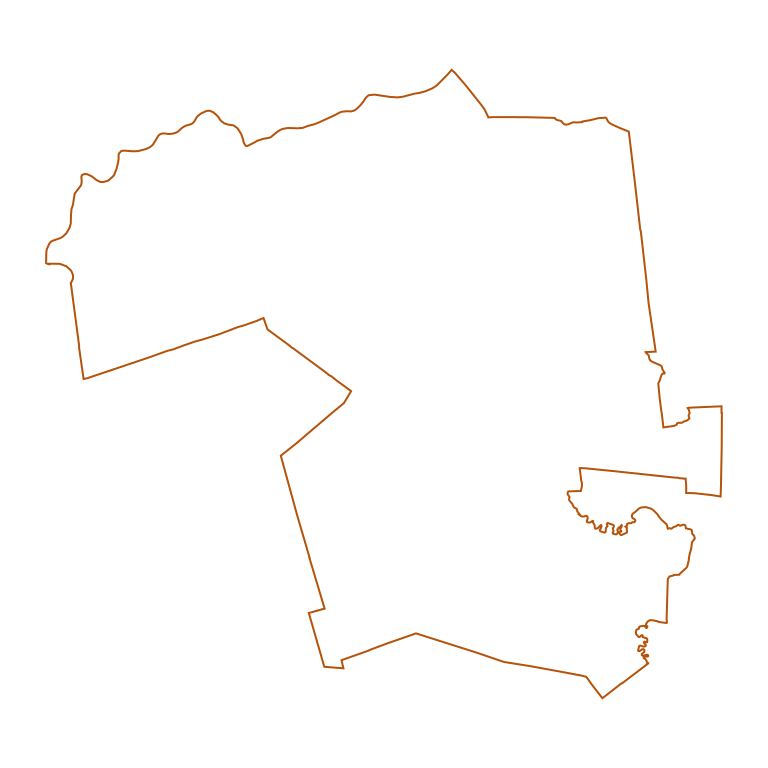 Sacosu Turcesc, Timis, Romania
{"feature_id": "2599482B45296566917183", "entity_name": "Sacosu Turcesc", "entity_type": "district", "adm_level": 2, "iso_a3": "ROU", "parent_name": "Romania", "parent_adm1": "Timis", "projection": "mercator", "projection_center": [21.404, 45.631], "detail": "fine", "context": "isolated", "style": "outline", "palette": "amber", "viewbox_px": 768, "rotation_deg": 0, "n_neighbors": 0, "source": "geoboundaries", "source_scale": "gbopen_adm2", "svg_char_len": 6071}
<svg xmlns="http://www.w3.org/2000/svg" viewBox="0 0 768 768"><path d="M648.0,663.0L647.1,662.5L646.4,660.6L645.4,659.0L644.2,658.4L643.7,658.1L643.7,657.6L643.7,657.1L644.4,656.5L647.5,656.6L648.1,656.3L648.1,655.3L647.2,654.7L643.4,655.6L642.5,655.6L641.8,655.0L641.8,654.0L644.2,652.1L644.4,650.9L644.3,649.9L643.6,649.2L642.1,649.3L640.3,650.7L639.1,651.2L638.3,650.9L638.1,650.2L639.2,646.2L639.5,645.8L640.7,645.6L643.6,646.7L645.4,646.2L645.8,645.7L645.7,644.8L644.3,643.6L643.8,642.3L644.4,641.6L646.5,642.4L647.0,642.3L647.3,641.5L647.2,639.0L646.8,638.4L642.8,637.1L642.5,635.4L642.0,635.2L641.4,635.4L639.6,637.0L638.5,636.9L636.1,634.2L635.9,632.8L636.1,631.8L636.1,630.5L636.7,629.6L638.8,628.8L639.0,627.3L640.0,626.4L643.6,625.8L644.5,626.0L646.1,627.9L646.7,628.0L647.4,626.5L646.0,625.0L646.1,624.0L647.5,621.7L649.8,620.2L651.9,620.2L657.6,621.2L658.2,621.8L659.6,622.1L666.6,623.0L666.9,622.6L666.6,618.9L667.8,579.0L669.4,576.5L673.2,575.5L673.8,575.0L679.4,574.7L679.7,573.9L686.6,567.6L687.2,566.6L688.8,560.2L688.9,558.3L689.6,554.3L691.2,548.7L692.0,542.3L694.8,538.5L694.0,535.5L692.7,534.4L692.2,533.4L691.7,530.1L690.7,529.4L686.0,528.4L685.4,525.7L684.9,525.0L684.1,524.7L682.4,524.9L680.1,525.8L678.6,524.8L678.0,524.8L676.3,526.2L673.7,527.0L671.4,528.7L669.5,528.2L667.9,528.7L667.5,528.0L667.0,525.2L666.5,524.2L661.4,519.7L658.5,516.1L657.6,514.5L656.1,512.9L653.3,510.2L651.0,508.6L645.7,507.1L641.2,507.5L639.2,508.3L635.4,511.8L632.6,513.8L631.9,515.2L631.8,516.6L632.7,518.2L634.6,519.2L635.3,520.4L635.2,521.1L634.8,521.8L633.8,522.3L632.5,522.2L631.3,523.1L628.8,523.2L627.1,523.9L626.9,525.4L626.6,526.0L625.5,526.6L626.9,527.7L626.7,528.9L627.1,531.7L626.9,532.3L626.3,532.9L621.4,535.1L620.9,535.0L619.8,534.0L619.4,533.3L619.4,532.5L619.9,531.8L621.3,531.5L621.3,531.0L620.4,529.9L620.3,529.2L621.8,526.2L621.8,525.3L621.5,525.1L620.0,527.1L618.6,527.6L618.2,528.7L617.5,529.2L617.3,529.7L617.9,531.5L618.0,532.4L617.2,533.5L616.4,534.3L615.7,534.4L613.2,533.8L612.7,532.8L613.5,531.1L612.9,528.2L613.8,526.8L613.9,526.3L613.8,525.5L613.1,524.9L607.7,523.0L607.3,523.2L606.8,524.0L607.4,525.8L607.4,526.3L606.1,527.7L605.8,529.1L605.7,531.7L605.1,532.4L604.6,532.6L603.0,532.2L600.7,531.4L599.9,530.8L599.9,529.7L600.7,528.6L601.5,526.6L601.2,525.2L600.5,525.3L598.4,527.7L597.2,528.4L595.4,528.7L594.7,527.6L594.7,526.0L594.4,524.7L592.9,522.3L593.1,521.1L592.3,521.0L591.4,521.8L589.5,522.6L587.4,522.3L586.9,521.9L586.8,520.8L587.6,518.9L587.7,517.5L587.6,517.1L586.7,515.9L585.7,515.8L584.0,516.5L582.4,516.5L581.1,516.2L579.0,514.5L579.6,514.3L577.3,511.4L576.7,508.9L573.8,507.2L572.3,504.0L569.3,500.4L569.0,499.0L569.5,497.4L569.4,496.8L567.6,494.2L567.6,492.9L568.3,491.4L580.8,491.0L581.9,486.5L581.9,482.9L581.2,480.3L579.7,468.1L579.9,468.1L585.4,468.3L609.6,470.7L671.9,477.3L675.9,477.7L677.5,477.6L679.3,478.2L682.7,478.4L683.0,478.6L685.6,478.6L686.2,485.5L686.2,493.0L694.5,493.2L710.9,495.0L720.6,496.5L721.0,484.3L721.7,447.6L721.9,412.9L721.5,412.8L721.5,406.3L688.8,407.7L687.7,408.1L688.8,409.6L689.5,412.5L689.5,413.5L688.9,414.4L688.6,415.8L689.4,418.6L687.5,420.1L686.5,420.8L683.7,421.5L682.3,422.6L680.9,422.8L678.2,422.8L676.9,423.5L676.8,424.6L674.2,425.9L663.4,427.4L661.8,413.6L661.3,410.9L659.6,397.5L658.3,383.5L659.9,380.1L660.9,376.5L661.9,374.4L662.7,373.6L664.3,373.5L664.6,373.3L664.6,372.8L662.5,369.5L661.6,366.2L660.1,365.2L651.7,361.5L650.3,360.4L649.5,359.2L648.6,355.2L645.7,352.5L645.6,352.1L655.7,351.6L648.6,303.3L646.3,279.7L641.5,237.2L640.8,231.5L640.2,229.3L634.4,178.3L628.8,131.6L620.1,128.1L611.5,124.2L609.4,122.8L608.2,121.7L606.5,118.4L605.6,117.6L598.2,118.2L590.1,120.2L582.4,121.5L582.3,122.1L577.1,122.5L572.8,122.3L568.3,124.3L566.4,124.6L564.4,124.4L563.3,123.5L561.4,121.2L559.5,120.5L557.2,120.1L555.2,118.8L554.7,117.9L526.2,117.2L493.5,117.1L488.4,117.4L484.6,109.5L481.9,105.7L465.7,85.3L454.3,72.1L453.5,71.7L451.7,69.8L447.6,74.5L436.6,85.6L432.2,88.4L425.3,91.3L419.5,92.9L414.3,93.7L403.4,96.6L397.6,97.4L389.9,96.9L374.3,94.6L368.5,95.3L365.9,97.6L363.3,101.7L359.9,105.8L356.4,109.1L354.1,110.6L351.1,111.4L347.2,111.2L342.0,111.7L339.7,112.5L334.7,115.2L318.5,122.6L313.9,124.4L308.0,125.9L302.6,127.9L297.7,128.3L287.8,128.0L282.7,128.9L280.3,129.9L277.2,131.9L270.6,137.3L268.2,138.0L263.7,138.7L257.2,140.8L254.9,142.2L247.4,146.0L245.9,145.9L244.8,144.6L243.7,142.4L242.9,138.9L241.3,134.2L237.8,128.7L237.1,128.0L233.6,125.4L228.1,124.6L224.4,123.4L221.5,121.3L219.8,119.4L219.0,117.8L217.4,116.0L215.4,114.0L212.9,112.1L209.6,110.7L206.6,110.9L201.2,113.4L198.1,115.7L196.6,117.4L194.2,121.7L192.3,123.5L190.8,124.3L186.0,125.6L183.5,126.9L181.4,128.4L177.4,132.1L173.5,133.5L171.4,133.8L169.0,134.0L163.7,133.4L161.9,133.6L159.7,134.5L158.5,135.5L152.9,144.7L150.2,147.0L145.9,149.1L138.0,151.1L132.9,151.3L124.3,150.6L121.3,151.0L119.4,153.0L118.6,154.6L118.6,159.1L117.9,163.4L116.5,168.9L114.1,175.0L112.5,176.9L107.7,180.9L102.7,182.1L100.3,181.9L96.7,180.2L91.8,176.4L87.2,174.2L84.6,174.0L82.2,174.9L81.8,175.3L81.4,176.7L81.7,182.2L81.0,185.3L74.8,193.5L74.5,194.6L72.9,205.1L71.5,209.0L71.0,215.0L70.8,223.3L69.7,227.5L66.3,233.4L62.3,237.0L59.5,238.4L53.0,240.6L50.8,241.7L49.2,243.8L46.7,249.5L46.3,252.9L46.1,263.2L48.5,264.2L49.4,264.3L49.4,263.7L59.6,263.8L66.5,266.3L70.7,270.2L71.8,272.0L73.0,275.2L72.9,279.0L71.5,281.9L70.8,282.9L79.2,346.3L79.0,347.1L83.6,379.0L87.0,378.3L149.7,357.2L167.7,350.7L173.2,349.4L183.5,345.5L195.4,341.4L201.9,339.7L219.8,334.0L237.9,327.1L244.8,325.1L255.9,321.2L263.5,318.0L267.5,329.4L289.1,345.3L291.7,347.5L293.8,348.8L327.5,373.7L328.5,374.8L331.5,376.4L337.5,381.2L351.1,391.1L347.5,397.3L343.8,403.2L332.4,412.6L295.8,443.8L280.8,455.7L296.8,514.0L309.6,557.8L309.4,557.8L324.6,608.6L308.8,613.0L324.3,666.8L343.4,668.3L341.5,660.2L369.1,650.4L369.1,650.2L369.9,649.9L386.4,643.7L416.0,633.4L475.6,652.3L504.1,662.0L530.7,666.2L581.6,675.6L586.2,676.8L592.8,685.9L602.4,698.2L621.4,683.4L621.8,683.5L647.5,664.0L647.1,663.8L648.0,663.0Z" fill="none" stroke="#b45309" stroke-width="2"/></svg>